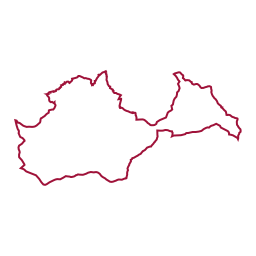 outline of Predeal, Brasov, Romania
{"feature_id": "2599482B30401095830513", "entity_name": "Predeal", "entity_type": "district", "adm_level": 2, "iso_a3": "ROU", "parent_name": "Romania", "parent_adm1": "Brasov", "projection": "natural_earth1", "projection_center": [25.612, 45.498], "detail": "fine", "context": "isolated", "style": "outline", "palette": "rose", "viewbox_px": 256, "rotation_deg": 0, "n_neighbors": 0, "source": "geoboundaries", "source_scale": "gbopen_adm2", "svg_char_len": 5701}
<svg xmlns="http://www.w3.org/2000/svg" viewBox="0 0 256 256"><path d="M238.0,139.1L238.2,138.4L238.2,135.6L239.2,133.8L239.3,132.8L240.5,131.9L240.6,131.4L240.6,130.1L240.3,129.1L239.2,128.1L238.8,127.3L238.2,126.8L237.9,125.9L237.3,125.2L237.0,124.7L236.8,122.0L236.9,121.1L237.4,120.0L237.6,119.2L237.5,118.6L237.0,118.3L235.1,118.0L234.0,117.4L232.1,116.8L230.2,115.2L229.8,115.1L228.7,114.8L227.6,115.0L226.5,114.9L226.3,113.5L225.8,111.5L224.1,110.0L222.7,108.4L222.3,108.0L222.3,107.5L221.8,107.6L221.6,107.2L221.2,107.2L221.0,106.2L220.6,105.6L220.0,105.3L218.7,104.2L217.8,103.3L217.0,101.2L215.7,99.3L214.3,98.1L213.6,97.0L212.9,96.2L212.0,94.4L211.7,93.4L211.4,92.5L211.3,91.9L211.5,91.6L211.6,90.6L211.4,89.5L211.2,89.1L211.1,87.6L210.9,86.8L209.5,86.2L207.7,86.4L206.9,86.8L205.3,87.2L203.4,87.9L201.5,88.0L200.4,87.2L200.1,86.5L199.3,85.5L197.7,84.2L197.1,84.0L196.1,84.0L193.9,84.6L192.6,84.0L191.9,83.5L191.7,82.1L190.9,81.9L189.3,80.4L187.5,80.1L186.4,80.1L185.7,80.5L185.1,80.3L184.6,79.5L184.0,79.0L183.9,78.7L182.9,78.1L182.9,77.7L183.3,76.1L183.1,75.3L181.9,74.5L180.1,72.5L179.3,72.3L178.7,72.3L174.7,73.5L173.8,74.1L175.7,75.9L177.1,77.9L177.9,79.6L179.5,81.5L178.0,83.9L179.1,86.3L179.6,88.2L178.6,91.0L177.1,92.4L177.0,94.3L176.4,96.7L174.7,98.5L173.7,100.5L172.9,104.5L171.4,105.8L172.2,109.5L170.9,110.6L169.1,111.5L167.8,112.6L166.0,117.5L159.8,120.1L156.9,122.0L156.7,122.4L156.4,123.7L155.9,124.2L154.5,125.0L153.2,125.2L151.2,125.2L150.3,125.0L149.6,124.2L147.6,122.9L146.8,121.9L144.5,120.0L143.5,119.6L142.4,119.4L136.4,119.7L136.5,117.6L136.0,115.7L135.7,115.4L135.6,113.6L135.4,112.9L134.9,112.7L133.2,113.0L133.1,112.4L132.3,112.3L132.0,112.9L129.4,112.0L128.5,111.4L127.2,111.1L125.4,110.4L123.8,109.4L123.0,108.5L122.3,108.0L121.3,107.7L120.5,108.0L119.3,108.0L119.5,107.9L120.0,107.4L120.0,107.2L119.7,107.0L119.9,106.5L119.7,106.4L119.5,106.0L120.1,103.4L121.1,99.6L121.1,98.9L118.6,99.2L120.1,96.2L120.9,95.2L119.8,94.6L117.2,93.8L116.1,93.0L114.3,93.0L114.1,92.6L113.3,91.8L113.5,90.9L112.7,90.6L112.8,89.6L110.0,88.1L110.2,86.6L109.0,86.2L107.6,83.9L107.6,83.1L107.3,81.8L106.5,79.9L106.6,78.8L106.8,77.6L106.5,76.8L106.9,76.3L106.4,75.1L106.2,74.7L106.5,74.2L105.8,73.5L105.7,72.7L105.9,71.9L106.1,71.8L105.8,71.2L103.9,72.1L102.5,72.5L99.4,75.4L99.0,75.5L98.8,74.7L98.7,74.7L98.5,74.8L98.7,75.5L98.6,75.9L98.1,76.8L97.1,78.0L95.5,81.0L94.8,81.0L94.9,82.3L94.7,82.6L94.9,83.1L94.8,83.3L93.6,83.7L93.5,84.0L93.0,84.2L92.8,84.1L92.5,84.5L92.7,85.1L92.3,85.1L92.0,85.2L91.9,84.5L91.5,84.0L91.5,83.7L91.0,83.2L90.9,82.8L91.2,80.5L91.0,80.0L90.6,79.7L88.9,78.9L87.4,78.7L86.0,78.2L85.3,78.1L84.3,78.3L83.0,77.5L79.6,76.0L78.4,76.0L77.8,76.6L77.6,77.1L76.9,77.5L74.5,78.2L72.1,78.7L72.4,79.6L72.1,79.9L72.0,80.6L69.5,83.0L69.1,82.7L69.0,82.1L68.2,81.6L66.9,81.7L65.8,82.8L65.3,83.0L65.0,82.4L64.7,82.3L64.5,83.3L64.3,83.4L64.6,83.5L64.6,83.8L64.3,83.7L63.6,84.1L62.9,85.0L62.0,85.0L61.3,85.2L61.5,85.5L61.1,86.2L61.1,86.8L60.7,86.8L60.4,87.0L60.2,87.5L59.6,87.9L59.8,88.2L59.3,88.5L58.9,89.2L58.0,89.4L57.5,89.3L56.5,89.6L56.0,90.2L56.0,90.8L55.3,90.8L55.1,91.3L54.4,91.6L54.1,91.6L53.7,91.4L53.7,91.7L53.8,91.8L53.5,91.9L53.1,91.6L51.9,91.6L49.8,92.1L50.1,92.7L48.7,92.8L48.3,93.1L48.0,93.9L46.9,94.1L47.4,94.3L46.7,94.5L47.6,96.0L48.5,96.8L49.2,98.2L49.1,99.9L49.6,101.3L50.9,102.2L52.1,101.9L53.6,103.0L54.5,102.2L54.5,103.3L54.8,104.0L55.3,104.6L55.5,105.6L54.4,108.1L53.3,109.5L52.4,109.5L49.2,110.2L48.9,110.4L48.7,112.7L46.6,114.0L44.5,116.2L43.4,116.8L42.1,117.8L41.0,118.3L40.6,119.1L40.3,121.6L40.0,122.5L36.6,125.5L34.8,126.5L33.3,126.8L32.1,126.9L29.0,126.7L26.6,126.9L24.2,126.1L23.1,125.6L19.5,122.9L18.0,122.7L16.5,120.6L15.4,120.3L16.5,125.1L17.6,128.7L18.1,129.8L18.7,130.3L18.9,131.4L18.8,132.8L18.6,133.1L19.8,136.0L20.3,137.0L22.4,138.0L23.0,138.5L24.5,140.3L24.5,141.0L23.9,141.4L21.9,143.8L19.1,145.6L18.5,147.3L18.7,149.3L19.5,151.1L19.7,152.4L19.1,154.4L19.1,156.6L19.2,157.3L21.8,160.1L24.3,164.2L24.5,164.9L20.8,168.2L23.5,169.1L24.4,169.7L25.7,171.0L26.4,171.5L36.0,175.3L39.2,178.9L41.2,182.0L42.3,183.3L43.4,184.5L44.8,184.8L45.3,184.8L46.7,184.2L49.5,182.3L53.8,180.2L55.5,179.5L57.2,179.1L60.2,179.3L63.6,177.5L64.5,176.9L65.9,176.1L66.7,176.3L69.7,176.6L70.7,177.0L71.7,177.0L73.9,176.5L74.9,176.0L76.1,175.1L76.7,175.1L78.0,174.4L79.0,174.6L82.3,174.8L83.3,174.7L86.2,173.7L88.1,172.7L90.8,172.0L93.9,172.4L95.2,172.1L96.6,172.1L98.2,172.7L99.7,173.8L101.2,175.8L102.5,176.9L105.3,178.5L106.2,179.4L110.0,181.7L111.5,181.9L112.9,181.7L116.0,180.6L117.4,179.9L118.8,179.5L121.9,179.7L124.8,178.5L125.7,178.5L126.2,178.3L126.2,177.9L126.5,177.8L126.6,176.9L127.2,174.6L127.1,173.1L127.3,172.0L127.5,171.2L128.0,170.2L127.5,168.5L128.2,166.7L129.3,164.8L129.2,164.2L129.3,164.0L130.3,162.5L130.4,162.1L130.9,161.5L130.8,159.8L131.2,159.7L131.9,159.1L132.1,158.9L132.3,158.2L134.0,157.7L136.7,156.1L137.5,155.8L138.7,154.8L140.6,153.9L141.2,153.3L141.5,152.6L142.3,151.9L142.7,151.2L143.1,151.1L145.1,149.9L147.1,147.6L149.8,146.6L151.1,146.5L151.6,145.6L153.3,143.8L154.4,142.2L154.8,142.0L155.7,140.6L156.1,140.3L156.7,139.5L157.1,137.8L157.5,136.9L157.6,136.0L157.4,135.3L157.3,130.5L160.9,130.7L163.0,130.6L165.2,130.0L166.0,130.0L167.8,130.2L169.8,131.1L172.0,131.4L172.0,131.9L172.5,132.5L172.6,132.9L172.4,135.2L172.0,136.3L173.6,135.6L174.5,135.5L181.0,135.2L185.3,134.1L185.8,133.4L186.7,133.0L188.2,133.0L192.6,132.0L195.7,132.0L198.7,131.6L201.5,130.9L203.7,129.1L206.0,127.9L207.5,127.4L209.0,127.6L210.5,126.2L211.6,125.7L213.3,125.2L216.2,123.8L220.0,125.8L220.8,127.5L227.8,131.1L228.8,132.3L229.0,133.2L229.1,134.5L230.7,134.7L232.9,135.3L237.5,138.0L238.0,139.1Z" fill="none" stroke="#9f1239" stroke-width="2"/></svg>